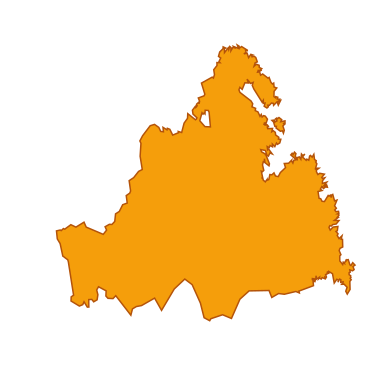 outline of Larvik nor, Vestfold, Norway, rotated 257°
{"feature_id": "86288312B65509327591170", "entity_name": "Larvik nor", "entity_type": "district", "adm_level": 2, "iso_a3": "NOR", "parent_name": "Norway", "parent_adm1": "Vestfold", "projection": "equal_earth", "projection_center": [10.003, 59.143], "detail": "fine", "context": "isolated", "style": "filled", "palette": "amber", "viewbox_px": 384, "rotation_deg": 257, "n_neighbors": 0, "source": "geoboundaries", "source_scale": "gbopen_adm2", "svg_char_len": 6043}
<svg xmlns="http://www.w3.org/2000/svg" viewBox="0 0 384 384"><g transform="rotate(257 192 192)"><path d="M184.6,51.2L176.6,50.2L171.4,51.9L158.6,51.7L153.9,55.7L151.7,55.8L118.1,53.4L117.0,50.7L113.0,49.6L106.2,56.6L106.8,60.2L109.3,62.1L103.4,64.1L103.1,65.6L110.4,67.2L109.9,70.2L107.1,71.5L108.3,75.3L113.1,77.2L118.0,77.1L120.7,79.6L115.0,86.1L110.0,84.7L107.3,86.2L105.9,91.0L108.1,94.4L85.7,104.7L91.5,107.7L92.9,112.0L92.7,117.3L97.0,131.7L83.5,135.7L101.5,152.9L108.8,165.4L101.7,171.3L81.9,175.2L66.8,175.5L62.6,180.3L64.3,181.9L65.5,194.2L59.9,202.0L76.8,214.6L82.8,225.4L78.7,244.9L71.3,246.0L73.6,253.5L71.6,259.0L71.7,270.8L69.5,273.9L71.4,273.9L73.4,289.3L77.9,289.9L77.0,291.6L78.2,292.2L79.8,289.8L79.0,289.4L80.6,289.8L79.4,293.0L82.5,294.1L79.1,293.7L80.3,296.9L79.0,296.1L79.5,297.0L78.1,298.3L79.3,299.6L77.5,302.1L79.1,302.3L78.1,303.1L78.9,303.9L81.5,303.6L81.7,305.1L84.3,306.3L82.2,305.8L82.0,307.0L83.8,307.4L80.8,310.5L71.3,310.1L74.4,313.5L73.2,314.8L71.3,314.0L73.9,316.2L73.1,317.3L70.5,316.6L70.5,319.0L68.6,318.4L68.7,317.3L68.4,317.0L67.9,319.5L64.3,321.7L60.7,319.5L57.6,320.3L61.5,324.1L69.4,325.7L70.7,327.4L72.3,326.7L73.4,328.1L73.2,327.3L74.7,327.8L76.1,326.5L78.0,326.9L78.3,328.1L80.6,328.2L79.1,330.7L79.9,332.5L83.2,332.1L84.1,334.4L87.0,332.7L84.6,330.3L85.5,329.5L91.0,329.0L91.1,326.2L90.8,327.1L89.6,326.3L90.4,326.4L88.8,324.8L89.3,324.1L88.3,324.3L89.2,323.4L87.4,322.5L91.6,320.5L96.5,321.6L97.4,323.0L101.8,322.2L103.8,323.5L104.5,326.5L112.0,328.0L112.4,326.7L115.6,328.3L113.5,324.8L117.0,323.7L118.4,324.9L121.2,323.4L121.6,324.9L125.6,326.4L126.1,321.5L123.8,318.1L126.7,317.5L128.2,318.7L127.5,320.0L128.6,321.8L128.4,325.3L131.1,328.8L132.3,324.3L134.3,328.7L134.7,327.9L136.2,329.9L137.9,330.0L137.7,329.4L137.9,328.9L138.2,330.3L140.2,330.4L140.5,327.8L142.4,327.0L143.7,329.0L146.4,327.8L151.5,331.4L151.3,328.9L158.0,328.6L157.6,327.1L155.2,326.5L157.8,326.0L157.1,324.5L158.0,323.9L152.9,318.9L153.7,316.6L156.5,315.9L157.3,314.4L164.1,314.9L164.2,319.1L165.9,317.7L168.1,319.7L165.8,320.9L166.9,323.2L166.2,325.0L167.9,324.9L167.8,323.1L168.7,324.0L168.5,322.0L171.3,325.5L171.0,321.0L173.6,321.7L176.0,324.6L175.9,322.2L177.0,321.7L179.6,325.0L181.5,320.7L180.7,318.6L183.7,317.8L185.4,318.2L186.6,321.0L187.0,319.3L185.6,318.3L186.7,317.4L191.4,320.0L194.0,319.0L193.4,319.6L194.6,320.1L196.1,318.7L201.3,319.2L198.9,316.9L201.0,315.7L200.6,314.7L196.7,312.9L198.2,311.3L197.2,310.4L201.2,307.5L203.6,310.5L202.5,308.2L204.4,307.2L199.4,305.4L202.1,304.4L201.7,302.3L202.5,302.1L200.8,301.9L203.6,300.6L206.0,301.9L207.8,300.8L205.8,299.0L207.2,298.3L205.9,296.6L200.0,300.8L200.0,298.3L197.5,296.8L199.8,296.1L199.0,295.3L200.5,296.1L198.3,292.6L199.0,288.3L194.7,288.6L191.1,282.5L187.6,279.5L188.8,276.9L192.2,276.2L190.8,273.7L191.5,271.8L186.8,269.6L186.6,267.8L187.4,268.0L185.4,265.7L187.5,264.1L190.2,264.1L189.5,262.8L190.5,264.1L196.7,264.2L195.9,265.2L196.9,266.8L202.6,266.8L205.5,268.3L204.8,269.2L208.2,270.1L204.2,269.7L200.2,272.9L202.0,273.8L211.8,272.3L211.2,271.9L212.4,272.1L215.5,268.8L217.9,268.5L215.9,272.9L211.2,273.2L209.8,274.5L212.5,276.7L211.1,278.7L216.6,276.3L216.1,275.2L219.4,275.5L217.9,277.2L219.7,278.5L217.9,280.6L220.6,281.1L217.6,282.9L220.7,285.3L219.2,286.0L220.1,288.6L223.4,290.4L224.1,288.1L225.8,288.9L228.8,286.3L231.4,286.6L233.4,285.0L232.8,283.3L235.8,284.8L236.7,280.0L238.4,280.0L238.5,281.2L240.4,280.5L240.8,278.2L242.3,276.9L240.8,280.0L242.9,278.6L242.9,280.0L246.0,281.9L249.4,280.5L250.3,279.0L249.3,277.2L252.0,276.9L250.4,275.3L255.2,274.3L257.1,271.9L259.2,272.8L261.5,269.6L264.3,271.0L267.4,270.0L278.3,261.1L281.0,260.7L283.2,262.2L280.7,264.0L286.5,268.1L285.5,271.5L289.6,271.0L284.6,273.5L285.0,276.2L282.4,274.7L278.5,275.4L263.8,280.5L265.3,282.1L262.3,281.4L262.2,283.2L259.3,281.6L257.0,283.9L257.9,285.6L259.5,285.4L259.1,286.9L260.8,289.4L260.1,291.2L258.1,291.0L260.8,295.2L257.2,295.6L261.0,298.7L260.3,296.1L262.6,298.5L263.4,296.0L265.0,296.9L266.1,295.0L265.0,294.6L266.5,293.3L271.6,294.6L274.3,298.0L275.8,295.6L279.7,296.1L279.1,294.8L281.0,293.6L286.3,292.9L285.8,291.7L291.1,287.4L290.4,285.1L293.8,284.9L294.0,282.8L295.6,283.9L294.5,285.0L295.1,287.4L295.4,285.6L296.5,287.7L298.2,285.6L300.4,285.9L302.0,283.4L300.6,280.8L303.7,282.6L304.1,284.9L308.7,284.4L310.3,283.1L310.2,280.9L311.7,280.8L311.9,281.9L312.9,280.3L310.2,277.4L314.9,276.9L314.9,273.6L315.9,276.1L318.7,276.1L317.4,277.7L317.8,277.8L322.6,273.0L321.5,270.5L323.5,270.7L325.0,269.2L321.4,269.7L324.4,265.3L323.0,265.8L323.8,264.5L320.9,261.7L324.0,262.5L325.3,261.5L322.4,259.8L324.3,259.7L320.5,255.0L324.4,255.8L324.7,257.2L326.4,255.0L324.7,254.5L322.2,250.5L318.2,248.3L316.1,250.1L313.0,247.6L311.7,248.4L312.5,245.4L309.6,244.8L306.3,240.7L301.3,240.3L298.2,238.5L299.4,237.5L296.0,225.7L284.4,226.5L283.0,225.4L282.2,219.3L278.7,219.8L276.3,218.7L278.0,218.8L276.6,216.3L273.9,215.0L275.6,216.8L274.3,215.9L273.4,214.6L274.5,214.3L271.6,210.8L267.7,210.5L263.2,213.5L262.1,212.7L261.6,211.6L269.3,205.5L264.8,204.2L260.9,199.8L252.3,195.3L254.1,192.2L252.8,192.1L251.8,186.0L258.1,184.5L259.6,182.3L258.2,181.6L261.5,178.3L257.1,177.7L258.1,175.1L262.4,174.2L266.3,170.7L266.0,166.2L257.9,156.5L253.5,152.7L250.9,153.2L238.5,149.5L225.1,148.6L224.1,144.6L219.1,138.4L217.2,133.3L206.8,132.4L204.9,131.1L203.3,127.1L195.8,126.4L195.2,121.6L189.4,116.8L187.9,112.6L180.7,110.1L178.4,106.7L179.1,104.2L177.7,99.5L174.1,100.2L170.7,96.0L181.6,81.0L186.9,80.0L183.9,71.0L187.4,66.6L184.4,59.6L185.3,58.5L183.8,55.8L184.6,55.1L184.6,51.2ZM265.9,226.6L251.3,224.6L252.8,219.3L259.7,215.6L267.0,219.6L265.4,220.3L266.2,221.5L265.1,222.2L268.7,223.2L267.8,226.2L265.9,226.6ZM243.8,286.0L241.9,287.2L237.3,287.5L237.0,289.0L235.4,288.3L231.3,291.8L231.3,293.9L228.7,294.3L231.4,295.8L235.9,295.4L237.2,297.5L238.5,296.1L237.7,298.0L240.4,298.6L240.5,294.3L242.3,295.7L245.0,293.5L243.7,290.8L244.9,291.0L244.5,289.9L242.2,290.8L241.5,288.5L243.6,288.5L243.8,286.0Z" fill="#f59e0b" stroke="#b45309" stroke-width="1.5"/></g></svg>